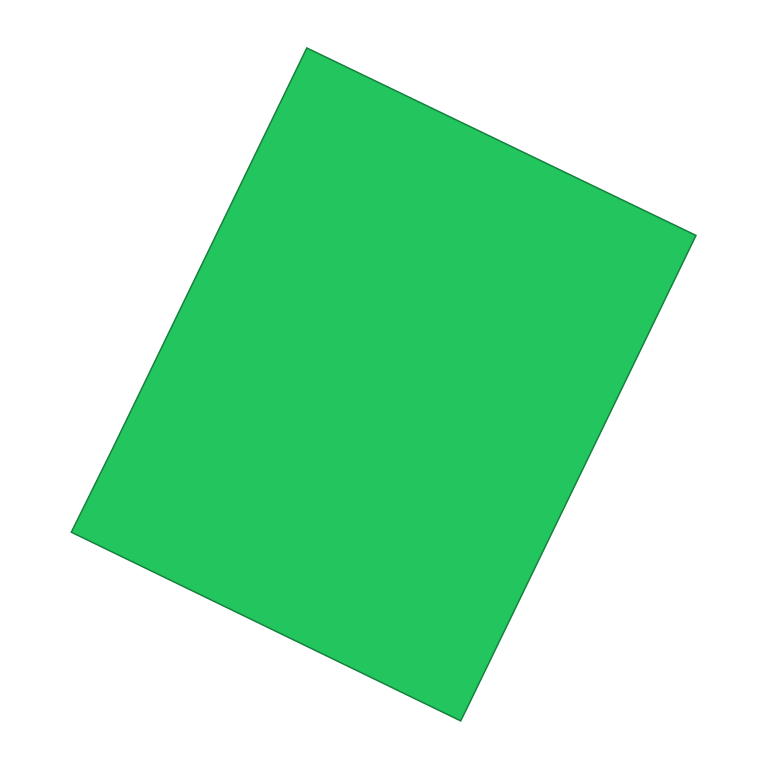 Blaine, Nebraska, United States of America (orthographic projection), rotated 296°
{"feature_id": "52423323B26026520700604", "entity_name": "Blaine", "entity_type": "district", "adm_level": 2, "iso_a3": "USA", "parent_name": "United States of America", "parent_adm1": "Nebraska", "projection": "orthographic", "projection_center": [-100.085, 41.913], "detail": "fine", "context": "isolated", "style": "filled", "palette": "green", "viewbox_px": 768, "rotation_deg": 296, "n_neighbors": 0, "source": "geoboundaries", "source_scale": "gbopen_adm2", "svg_char_len": 255}
<svg xmlns="http://www.w3.org/2000/svg" viewBox="0 0 768 768"><g transform="rotate(296 384 384)"><path d="M113.7,167.9L114.8,600.6L128.1,600.7L654.3,599.3L652.2,167.3L206.5,168.4L113.7,167.9Z" fill="#22c55e" stroke="#15803d" stroke-width="1.5"/></g></svg>